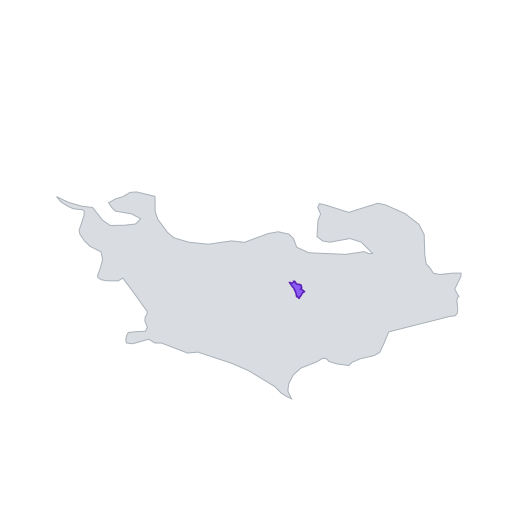 Naranjo, Alajuela, Costa Rica shown in context, rotated 144°
{"feature_id": "36466004B12549595917957", "entity_name": "Naranjo", "entity_type": "district", "adm_level": 2, "iso_a3": "CRI", "parent_name": "Costa Rica", "parent_adm1": "Alajuela", "projection": "robinson", "projection_center": [-84.384, 10.105], "detail": "fine", "context": "in_parent", "style": "filled", "palette": "violet", "viewbox_px": 512, "rotation_deg": 144, "n_neighbors": 0, "source": "geoboundaries", "source_scale": "gbopen_adm2", "svg_char_len": 4428}
<svg xmlns="http://www.w3.org/2000/svg" viewBox="0 0 512 512"><g transform="rotate(144 256 256)"><path d="M411.8,261.7L411.3,263.6L409.7,265.7L407.4,267.7L404.3,269.2L396.9,264.9L389.7,260.1L385.7,262.3L384.2,268.6L381.5,271.8L378.1,273.1L376.7,275.2L376.5,296.4L376.7,316.4L382.2,316.9L391.4,323.8L395.3,327.9L396.5,331.7L395.4,333.5L388.7,337.9L382.2,343.4L378.9,350.3L384.6,361.4L385.9,369.0L385.7,376.9L384.1,380.7L371.4,389.8L368.7,393.0L369.0,395.3L376.0,401.5L379.4,407.6L382.1,414.9L382.5,421.3L376.1,409.5L367.3,398.3L359.7,391.3L359.1,375.2L356.0,366.4L344.5,358.3L334.7,352.7L327.4,353.8L331.8,363.1L343.4,375.0L344.2,379.6L344.0,385.7L336.1,384.8L329.0,382.3L320.5,381.5L314.8,377.9L302.7,363.6L311.3,351.5L313.9,343.5L313.7,327.0L311.7,319.0L302.4,306.8L287.6,293.5L266.9,282.6L257.2,273.8L232.9,267.0L223.7,262.5L216.5,254.2L215.4,248.3L217.9,239.1L211.3,227.5L182.4,204.5L166.2,196.1L162.8,191.1L160.2,189.6L162.7,205.4L169.7,214.9L188.2,223.8L193.2,229.0L195.3,235.8L184.6,248.7L179.1,251.9L177.5,259.0L174.0,261.1L170.3,257.1L155.4,236.8L126.5,227.1L121.2,221.2L110.5,202.7L105.6,185.8L107.3,174.6L119.2,157.1L123.0,149.4L122.2,144.7L122.6,137.8L118.2,133.0L107.2,126.7L100.2,121.7L102.1,119.1L114.7,112.4L115.5,106.3L115.5,104.2L117.5,103.8L119.4,102.2L120.5,100.5L123.9,94.6L126.9,91.3L130.4,90.7L134.6,93.2L150.5,99.5L168.1,106.6L193.2,116.6L203.6,110.2L212.6,105.3L218.8,106.0L232.3,111.7L240.4,113.5L245.4,112.9L254.1,121.3L258.8,127.6L259.5,131.8L262.2,134.1L268.9,134.6L285.4,138.9L295.4,138.0L304.6,133.5L309.6,128.1L311.2,119.6L313.5,123.8L316.2,130.4L317.4,138.9L329.3,167.4L338.7,183.4L359.5,212.4L368.4,217.7L383.6,241.1L388.8,244.9L391.8,251.8L407.4,257.5L411.8,261.7Z" fill="#d9dde1" stroke="#a8b0b8" stroke-width="1"/><path d="M244.6,211.7L244.5,211.3L244.5,211.2L244.5,210.9L244.6,210.7L244.6,210.3L244.6,210.2L244.6,209.9L244.6,209.7L244.4,209.5L244.4,209.4L244.5,209.1L244.5,208.9L244.4,208.8L244.3,208.7L244.4,208.4L244.4,208.2L244.3,207.9L244.2,207.8L244.2,207.5L244.2,207.4L244.3,207.4L244.3,207.2L244.5,206.9L244.5,206.7L244.7,206.4L244.7,206.2L244.8,206.1L244.8,205.9L244.7,205.9L244.7,205.7L244.7,205.4L244.7,205.1L244.7,204.8L244.7,204.6L244.9,204.5L244.9,204.4L245.0,204.4L245.0,204.2L245.1,203.9L245.1,203.4L245.4,203.0L245.5,202.9L245.5,202.7L245.6,202.4L245.7,202.2L245.7,201.9L245.8,201.7L246.0,201.4L246.2,201.1L246.2,200.6L246.1,200.4L246.1,200.2L246.4,200.2L246.6,200.2L246.8,200.1L246.9,199.5L246.8,199.4L246.7,199.2L246.7,198.9L246.8,198.8L246.8,198.6L246.5,198.5L246.3,198.2L246.1,198.1L246.1,197.9L246.1,197.5L246.1,197.4L246.2,197.2L246.2,196.9L246.1,196.7L245.9,196.4L245.7,196.4L245.6,196.5L245.4,196.8L245.2,196.9L245.0,197.0L244.9,197.0L244.7,197.1L244.4,197.1L244.2,197.2L244.1,197.3L243.8,197.3L243.5,197.4L243.4,197.4L243.2,197.5L242.9,197.5L242.7,197.6L242.6,197.8L242.2,197.8L241.9,198.1L241.7,198.1L241.4,198.3L241.2,198.3L240.9,198.5L240.7,198.6L240.2,198.9L239.7,198.9L239.6,199.0L239.4,198.9L239.2,198.9L239.0,198.7L238.9,198.6L238.7,198.7L238.7,198.8L238.3,198.9L238.2,198.9L238.2,198.7L237.9,198.7L237.8,198.9L237.7,198.9L238.6,202.1L239.3,203.0L239.1,203.0L238.8,203.1L238.7,203.1L238.4,203.2L238.2,203.3L238.0,203.5L237.9,203.6L237.7,203.5L237.4,203.8L237.4,204.3L237.5,204.4L237.5,204.5L237.4,204.8L237.2,205.0L236.9,205.1L236.8,205.5L236.7,205.7L236.7,205.8L236.6,206.0L236.8,206.2L236.9,206.3L237.1,206.3L237.3,206.5L237.3,206.9L237.4,207.0L237.4,207.3L237.5,207.5L237.6,207.8L237.8,207.9L238.2,207.9L238.3,208.1L238.5,208.2L238.7,208.4L238.8,208.4L238.9,208.6L239.0,208.7L239.1,208.8L239.3,208.8L239.4,209.0L239.5,209.2L239.5,209.3L239.5,209.5L239.5,209.8L239.4,209.9L239.4,210.0L239.5,210.0L239.6,210.4L239.8,210.5L239.7,210.7L239.7,210.8L239.8,210.9L239.9,211.1L239.8,211.4L239.8,211.5L239.6,211.7L239.6,211.8L239.5,212.0L239.5,212.6L239.5,212.8L239.9,213.0L240.0,213.1L240.3,213.3L240.3,213.2L240.6,213.0L240.9,212.9L241.0,212.9L241.3,212.8L241.4,212.7L241.5,212.7L241.6,212.8L241.8,212.8L242.0,212.9L242.1,213.0L242.3,213.0L242.5,213.0L242.9,213.0L243.0,213.1L243.3,213.0L243.7,213.1L243.8,213.2L243.9,213.3L243.9,213.5L244.0,213.7L244.0,213.9L243.9,214.0L244.0,214.2L244.0,214.3L244.0,214.5L244.1,214.8L244.4,214.9L244.4,214.7L244.5,214.4L244.5,214.0L244.5,213.9L244.5,213.7L244.5,213.4L244.5,213.2L244.5,212.9L244.4,212.7L244.4,212.4L244.5,212.3L244.5,212.2L244.6,211.8L244.6,211.7Z" fill="#8b5cf6" stroke="#5b21b6" stroke-width="1.5"/></g></svg>